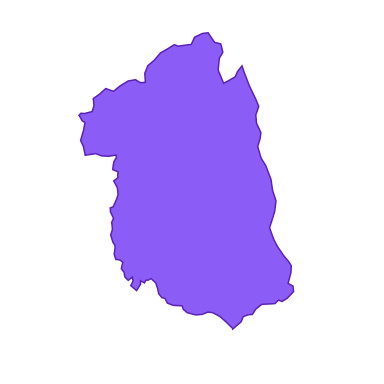 Arakapas, Limassol, Cyprus (orthographic projection), rotated 246°
{"feature_id": "46923920B61372906166582", "entity_name": "Arakapas", "entity_type": "district", "adm_level": 2, "iso_a3": "CYP", "parent_name": "Cyprus", "parent_adm1": "Limassol", "projection": "orthographic", "projection_center": [33.105, 34.852], "detail": "fine", "context": "isolated", "style": "filled", "palette": "violet", "viewbox_px": 384, "rotation_deg": 246, "n_neighbors": 0, "source": "geoboundaries", "source_scale": "gbopen_adm2", "svg_char_len": 1915}
<svg xmlns="http://www.w3.org/2000/svg" viewBox="0 0 384 384"><g transform="rotate(246 192 192)"><path d="M50.2,173.4L53.4,184.0L57.3,188.1L57.0,193.2L55.6,197.3L59.2,202.9L61.0,210.2L57.8,218.3L56.3,222.4L58.1,227.0L55.4,229.7L56.1,235.5L59.7,244.3L65.0,246.0L69.4,242.6L78.0,249.5L81.3,251.2L84.3,252.7L89.6,251.9L96.1,250.0L107.4,247.9L115.3,247.4L127.8,248.3L134.1,254.0L140.4,259.5L149.7,265.1L160.8,266.3L171.4,269.3L186.4,270.1L194.8,268.9L206.8,270.5L213.3,276.1L218.3,279.1L228.5,278.9L236.4,281.6L243.1,287.8L251.5,288.0L265.5,287.6L279.7,288.3L286.9,289.0L283.5,282.5L279.7,278.4L278.8,270.6L278.5,265.1L292.9,265.5L303.0,271.3L307.1,277.0L315.6,278.5L319.6,273.5L330.6,271.5L330.9,271.5L332.6,266.0L332.4,257.4L328.3,252.7L327.1,251.4L329.0,245.2L330.2,241.1L330.8,238.8L333.8,235.7L332.7,228.0L331.9,219.9L327.6,210.8L325.4,203.1L319.7,197.2L311.2,194.0L312.9,189.2L317.5,186.1L319.4,178.9L318.0,168.6L315.9,161.2L321.6,155.3L319.0,147.4L317.5,139.8L310.6,137.5L306.1,133.5L307.4,125.8L309.1,122.6L308.0,120.0L307.9,120.1L301.7,120.6L299.0,122.5L292.2,117.8L284.4,111.2L277.7,111.3L269.0,109.4L266.2,119.7L261.8,124.1L258.5,130.5L256.7,137.5L254.2,137.0L251.7,133.2L248.6,131.0L244.7,128.7L243.4,129.9L240.4,132.7L237.8,131.0L235.3,130.3L234.0,125.0L226.2,125.5L219.9,123.5L216.6,120.7L210.6,114.1L210.7,110.8L206.9,109.4L199.9,109.6L197.1,106.4L190.2,104.1L185.8,100.2L177.8,99.3L175.5,99.9L173.1,99.5L166.8,95.6L161.4,95.0L159.3,98.3L156.2,100.3L150.6,96.2L146.3,97.3L141.6,96.1L137.2,97.8L138.5,102.8L134.7,102.0L131.3,98.0L124.5,101.3L128.6,107.4L131.9,108.8L128.3,111.6L130.2,114.0L129.3,116.1L129.5,119.4L126.4,120.8L123.5,121.9L118.1,121.4L112.5,120.2L107.8,121.5L105.8,124.0L100.5,124.3L96.1,128.7L92.0,136.7L88.4,136.3L83.7,138.5L78.2,145.4L76.1,151.4L75.8,157.7L73.4,161.8L69.2,165.1L66.6,167.0L59.6,170.2L51.0,173.6L50.2,173.4Z" fill="#8b5cf6" stroke="#5b21b6" stroke-width="1.5"/></g></svg>